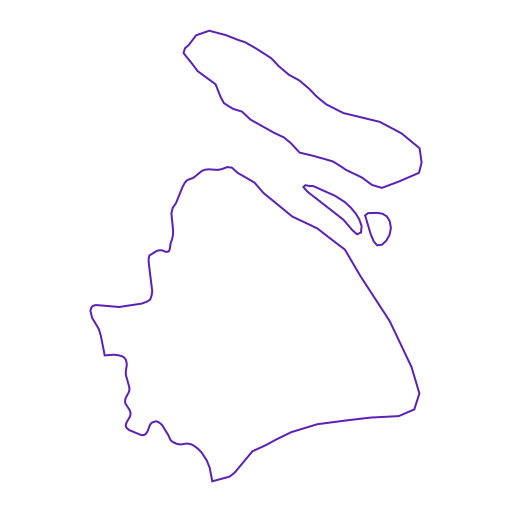 the border of Shanghai
{"feature_id": "CHN-1819", "entity_name": "Shanghai", "entity_type": "Municipality", "adm_level": 1, "iso_a3": "CHN", "parent_name": "China", "parent_adm1": "", "projection": "equal_earth", "projection_center": [121.333, 31.266], "detail": "fine", "context": "isolated", "style": "outline", "palette": "violet", "viewbox_px": 512, "rotation_deg": 0, "n_neighbors": 0, "source": "natural_earth", "source_scale": "10m", "svg_char_len": 2657}
<svg xmlns="http://www.w3.org/2000/svg" viewBox="0 0 512 512"><path d="M231.8,167.6L237.7,172.9L254.4,182.5L263.3,192.8L292.2,216.5L317.3,228.4L328.6,237.2L344.9,249.6L360.3,275.9L389.7,321.1L411.5,367.0L419.4,393.4L414.3,409.4L398.8,416.1L370.3,417.6L347.4,420.3L317.4,424.2L291.4,432.1L276.4,439.4L265.9,445.1L252.4,451.3L234.7,472.6L229.6,476.6L212.3,481.3L209.7,467.8L206.8,460.5L202.2,453.4L200.6,451.4L198.0,448.8L193.4,445.4L191.5,444.5L189.5,443.9L187.4,443.6L185.4,443.7L181.7,444.4L179.3,444.3L176.6,443.8L172.7,442.0L170.7,440.2L169.6,438.2L168.4,435.3L162.1,425.0L159.1,422.5L156.4,421.3L154.6,421.7L152.8,422.2L151.3,423.2L150.2,424.6L149.3,426.5L147.8,430.7L146.8,432.5L145.7,434.0L144.2,434.9L142.4,435.2L140.5,434.8L129.2,430.1L126.8,428.1L125.7,425.9L126.1,423.9L126.8,422.0L129.9,416.7L130.5,414.6L130.4,412.2L129.6,410.0L125.6,403.9L125.1,402.3L125.1,400.4L125.6,398.3L126.5,396.4L128.4,393.0L129.2,391.1L129.4,388.9L129.2,386.8L125.9,375.2L125.8,373.0L125.9,370.6L126.7,365.7L126.7,363.0L125.7,359.5L124.2,357.6L122.3,356.3L118.0,355.2L113.6,354.7L104.7,355.4L100.8,335.6L98.8,329.0L92.1,317.8L90.4,310.7L90.9,308.8L91.8,306.8L93.2,305.8L95.0,305.2L97.0,305.1L119.1,307.0L141.7,303.6L146.8,301.7L150.0,299.7L150.9,297.8L151.5,295.6L152.0,293.2L152.2,290.9L148.7,262.6L148.6,260.2L148.8,257.8L149.5,255.4L157.0,250.8L158.9,250.4L160.7,250.2L162.6,250.5L165.1,251.6L166.6,251.9L168.7,251.4L169.4,250.1L169.8,248.9L170.4,244.6L170.9,242.5L172.0,239.4L172.9,235.5L173.1,232.9L173.1,230.9L172.7,226.5L171.4,213.2L172.7,207.9L176.0,203.1L182.5,187.0L184.6,183.1L186.5,180.7L188.0,179.8L193.1,177.9L194.7,176.8L201.0,171.6L201.8,171.0L204.7,169.8L208.5,169.3L217.3,169.9L221.6,169.2L227.2,167.1L231.8,167.6ZM379.6,121.8L401.6,133.4L419.6,148.3L421.6,162.5L419.0,172.8L399.9,181.1L381.9,187.9L371.9,184.9L361.9,177.5L346.2,170.0L340.3,166.0L332.8,161.4L312.3,155.6L299.6,152.6L290.7,143.0L283.7,137.3L274.0,132.8L250.5,119.6L242.0,111.6L232.9,108.8L224.0,103.2L220.6,97.0L215.6,84.3L197.6,71.1L192.1,63.7L186.5,56.9L183.5,52.9L185.0,48.3L189.0,44.7L196.1,35.3L209.2,30.7L226.4,35.3L238.0,39.9L245.1,42.2L256.1,48.5L271.2,58.2L278.8,66.2L288.8,74.7L299.4,80.5L309.4,89.0L315.4,95.3L319.9,99.3L326.5,104.5L343.5,113.1L379.6,121.8ZM355.7,213.5L359.2,219.2L361.6,226.0L361.0,232.5L357.0,234.3L352.6,230.4L343.4,219.7L307.6,191.8L303.4,187.0L305.4,185.2L308.7,185.9L313.3,186.1L334.8,195.7L344.9,202.1L350.9,207.7L355.7,213.5ZM377.9,212.9L382.6,213.8L386.8,216.4L389.7,221.1L390.9,228.0L389.6,234.7L386.3,240.7L381.9,244.7L377.1,245.3L373.7,241.4L370.7,234.2L365.1,215.4L368.1,213.1L377.9,212.9Z" fill="none" stroke="#5b21b6" stroke-width="2"/></svg>